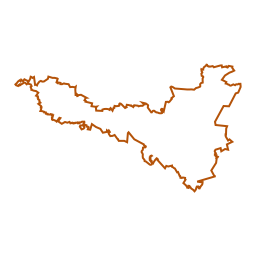 the district of Cereté, Córdoba, Colombia
{"feature_id": "7082276B12261061715125", "entity_name": "Cereté", "entity_type": "district", "adm_level": 2, "iso_a3": "COL", "parent_name": "Colombia", "parent_adm1": "Córdoba", "projection": "albers", "projection_center": [-75.84, 8.882], "detail": "fine", "context": "isolated", "style": "outline", "palette": "amber", "viewbox_px": 256, "rotation_deg": 0, "n_neighbors": 0, "source": "geoboundaries", "source_scale": "gbopen_adm2", "svg_char_len": 5765}
<svg xmlns="http://www.w3.org/2000/svg" viewBox="0 0 256 256"><path d="M183.4,183.1L185.6,185.0L187.0,186.7L187.3,186.7L187.2,187.6L187.6,187.7L187.7,186.8L188.0,186.8L188.0,187.7L188.3,187.8L188.5,185.8L189.3,185.9L189.2,187.5L190.4,187.2L191.2,188.5L193.3,189.9L194.5,191.3L195.3,190.4L195.9,189.3L196.5,187.2L196.9,186.5L197.2,186.5L197.4,187.1L198.3,186.5L199.0,186.9L199.5,187.4L199.1,188.3L199.6,188.4L200.8,186.2L202.0,184.8L202.4,183.9L202.6,182.1L200.3,182.1L197.2,181.6L215.6,176.2L214.6,176.1L214.2,175.8L211.3,170.5L216.1,162.9L216.6,159.1L216.2,158.2L217.6,157.4L217.9,156.8L215.9,156.1L216.4,155.1L216.0,154.9L215.4,154.4L214.9,154.6L214.9,154.4L215.4,154.2L215.2,153.9L215.7,153.6L215.9,153.3L215.1,152.3L214.7,151.1L215.5,149.7L220.3,148.2L220.6,148.1L221.3,151.3L225.1,149.0L228.1,149.7L226.9,144.4L232.3,141.8L229.5,139.4L228.1,140.5L225.8,136.6L225.5,135.1L225.6,134.3L226.0,134.4L226.2,128.6L227.1,126.2L215.6,125.0L215.0,121.8L223.6,106.0L229.0,106.3L235.7,93.4L238.2,92.6L240.6,87.0L240.6,85.9L240.4,83.8L240.1,83.8L239.7,84.2L238.8,83.8L237.7,84.4L236.2,84.3L235.1,85.2L233.3,84.4L230.9,85.6L230.3,85.6L229.6,85.3L228.8,84.6L228.1,84.5L226.7,83.7L225.7,83.5L226.3,82.0L221.9,79.8L225.0,75.5L229.4,72.7L232.0,71.7L234.2,70.6L232.2,67.8L232.4,66.6L228.8,65.9L227.6,67.5L226.7,67.2L227.0,66.6L226.7,66.3L222.1,67.3L221.7,65.4L220.3,65.5L214.0,67.2L213.9,66.9L213.3,66.7L213.0,66.3L212.5,66.1L210.5,66.6L209.8,66.4L209.1,66.7L207.9,66.2L207.8,65.8L207.3,65.6L207.0,64.8L206.5,64.7L206.0,65.6L203.9,67.3L203.2,68.8L203.2,69.6L202.2,69.6L201.4,69.2L201.3,69.7L201.6,70.5L201.6,71.3L202.1,71.9L202.3,72.6L201.4,73.6L201.7,75.8L203.0,76.4L203.3,77.0L202.6,78.6L202.7,82.6L201.2,83.0L200.3,83.9L200.1,84.7L200.3,86.1L200.0,86.7L197.8,87.6L196.1,88.0L194.1,89.7L191.6,89.4L187.6,89.5L174.9,88.5L173.0,87.2L171.6,86.6L171.2,86.6L170.4,87.3L173.9,96.2L171.4,98.2L171.8,98.9L169.4,101.8L168.7,102.3L167.9,101.8L165.9,101.9L163.8,111.1L162.5,109.0L161.9,108.8L161.3,109.1L161.0,109.6L161.1,110.3L162.5,112.4L162.1,113.0L161.0,113.3L159.2,113.2L157.5,112.5L156.3,112.4L155.7,111.9L155.0,111.6L154.5,110.9L153.8,110.7L152.9,110.9L151.8,112.3L151.2,112.3L147.8,107.6L147.8,107.1L148.1,105.4L147.8,104.9L145.8,103.5L142.4,102.7L143.7,103.9L145.5,104.4L143.8,104.5L143.0,105.5L142.6,105.8L140.6,105.8L138.5,106.3L137.9,105.7L134.3,105.3L134.0,106.0L133.7,105.9L133.2,107.0L131.7,105.9L131.7,106.1L129.0,105.1L126.8,104.8L126.5,106.1L125.7,107.1L126.2,107.4L125.1,108.0L121.5,104.3L120.6,103.6L119.7,103.5L119.2,104.2L119.4,105.5L118.9,105.9L116.4,106.2L114.6,105.9L114.3,107.8L113.6,107.7L113.3,108.7L112.5,110.7L110.6,108.1L109.9,108.8L109.6,109.9L108.1,109.1L106.1,108.9L104.3,109.0L102.4,109.6L102.3,110.9L96.2,110.6L95.9,107.6L96.8,106.6L95.6,106.8L91.5,106.2L92.1,103.3L85.5,101.7L85.7,100.8L84.5,100.3L85.7,97.9L86.5,97.8L81.0,94.8L78.6,95.1L77.7,96.0L77.2,96.1L76.6,94.4L76.9,94.2L76.7,94.0L76.1,95.0L75.6,95.0L75.3,89.4L75.7,86.7L74.9,87.3L72.6,86.9L70.1,87.1L68.6,84.2L64.6,83.7L64.0,83.4L62.0,84.2L60.4,84.1L60.5,82.9L58.4,82.5L57.9,83.3L56.5,82.4L57.7,78.8L57.3,78.5L54.8,77.9L52.6,77.9L48.4,76.6L47.9,78.8L43.9,81.5L42.2,81.6L40.9,80.9L39.4,81.6L37.6,83.9L37.0,85.4L35.9,84.7L35.1,84.9L34.0,77.0L32.5,77.9L31.3,76.9L30.7,76.7L30.2,78.8L28.5,81.9L27.8,81.5L27.7,80.8L26.9,80.6L24.4,79.3L23.0,81.2L21.2,79.7L20.6,81.3L19.6,80.3L17.9,81.6L17.1,82.8L15.4,84.4L16.0,85.2L18.1,86.0L18.6,85.2L19.3,85.4L19.4,85.1L19.6,85.1L19.4,84.7L20.0,84.2L21.1,84.5L23.1,83.3L23.8,82.5L25.1,82.8L26.7,84.3L27.5,83.5L30.8,84.5L31.6,86.1L30.6,87.0L31.6,89.4L31.4,89.8L31.9,90.0L32.0,89.9L33.5,90.6L36.1,91.1L38.3,92.7L36.1,95.7L37.9,96.4L37.7,97.4L38.0,97.4L38.3,98.8L38.1,98.8L38.1,99.3L39.4,100.1L39.4,102.5L39.9,102.1L40.4,102.7L38.4,103.9L41.0,106.0L40.8,107.4L41.5,107.4L41.0,109.6L40.4,111.0L42.0,111.1L44.2,111.8L44.2,112.4L45.9,112.5L45.9,113.7L47.5,113.8L47.5,114.4L51.0,114.6L51.0,114.2L51.5,114.3L51.5,114.6L52.2,114.6L52.1,115.1L53.1,115.2L52.5,117.3L51.9,117.3L52.0,119.5L52.5,119.9L52.9,119.6L54.6,120.3L55.7,120.8L56.6,121.6L59.4,117.8L60.4,118.1L58.1,121.3L61.8,123.8L65.0,122.0L67.4,122.7L69.5,121.9L70.4,123.3L72.1,122.7L72.4,123.2L73.8,122.9L74.0,123.4L75.5,122.8L75.6,123.0L77.6,122.4L77.8,123.1L79.1,122.6L79.2,123.1L82.0,121.7L85.1,121.7L84.6,121.9L83.8,123.0L82.9,125.5L80.3,125.4L79.8,126.6L81.6,129.4L83.5,128.7L84.4,127.7L83.6,125.6L84.4,125.8L84.9,124.6L86.5,125.3L86.4,125.8L86.8,126.7L87.9,126.7L88.6,127.2L87.8,129.3L90.2,129.7L91.9,124.1L96.0,127.0L100.4,128.9L102.9,132.7L106.8,131.9L106.9,130.8L107.4,131.4L108.0,130.7L108.1,131.0L109.0,130.6L109.8,132.0L108.5,132.8L109.0,134.2L110.3,136.1L112.5,135.9L114.6,135.0L117.8,139.4L118.0,139.3L118.8,140.9L124.4,140.9L127.1,142.2L127.9,133.1L128.6,132.3L134.3,139.3L143.8,144.4L143.9,145.1L145.8,146.4L145.8,146.8L145.2,147.4L143.6,147.4L143.0,147.6L142.8,149.8L141.8,151.0L141.6,151.7L141.7,152.4L142.4,153.3L142.8,154.3L142.7,156.4L142.9,157.9L144.5,159.9L144.6,161.1L145.9,161.5L149.8,164.6L150.7,164.8L151.6,164.5L151.9,164.1L152.0,162.9L149.9,160.2L149.9,158.7L149.7,158.7L149.7,158.4L149.8,157.3L150.1,157.3L150.0,157.0L150.6,156.1L150.6,155.9L151.6,155.6L151.8,155.8L151.0,156.2L150.4,157.4L150.3,158.3L150.0,158.5L150.2,158.4L150.4,158.7L150.3,159.0L150.6,159.4L150.6,160.2L150.4,160.3L150.8,160.6L150.9,161.0L151.2,160.8L151.5,161.0L151.1,161.5L151.6,162.2L151.8,162.1L151.9,162.6L153.1,163.4L153.5,162.5L155.0,160.2L156.6,158.3L157.5,158.8L157.5,159.6L157.8,159.8L157.6,160.1L165.0,168.3L166.3,165.9L168.2,166.5L172.0,165.6L172.0,166.8L173.1,167.3L174.0,168.1L174.9,168.5L177.1,172.3L178.0,172.0L179.8,176.3L180.2,176.2L180.6,177.2L180.6,177.8L181.2,177.7L181.8,178.0L182.9,177.5L185.1,177.9L185.1,179.4L185.5,179.7L183.4,183.1Z" fill="none" stroke="#b45309" stroke-width="2"/></svg>